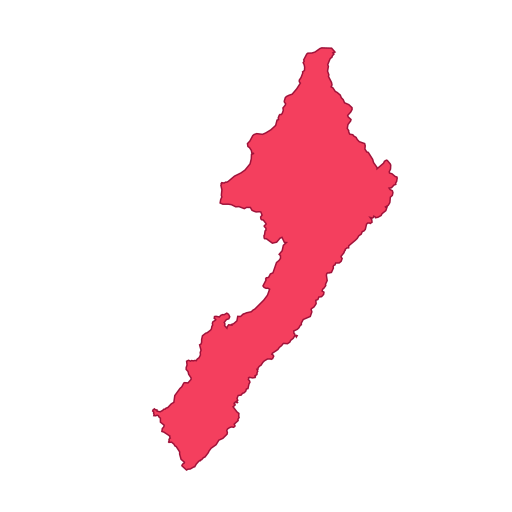 outline of Central Pentecost 2, Penama, Vanuatu, rotated 50°
{"feature_id": "77236927B86415153324425", "entity_name": "Central Pentecost 2", "entity_type": "district", "adm_level": 2, "iso_a3": "VUT", "parent_name": "Vanuatu", "parent_adm1": "Penama", "projection": "robinson", "projection_center": [168.206, -15.776], "detail": "fine", "context": "isolated", "style": "filled", "palette": "rose", "viewbox_px": 512, "rotation_deg": 50, "n_neighbors": 0, "source": "geoboundaries", "source_scale": "gbopen_adm2", "svg_char_len": 6104}
<svg xmlns="http://www.w3.org/2000/svg" viewBox="0 0 512 512"><g transform="rotate(50 256 256)"><path d="M150.5,64.4L145.4,64.5L138.8,71.9L138.2,73.6L137.7,79.7L136.4,82.8L133.9,86.0L133.9,87.3L136.4,93.4L137.8,93.9L138.2,95.6L140.3,96.1L142.7,97.4L145.0,99.6L144.9,102.0L145.8,102.4L148.2,106.7L149.1,109.8L150.3,110.8L152.1,110.9L154.1,117.3L155.3,124.3L154.1,127.3L153.4,130.1L153.5,131.7L155.6,134.9L156.6,135.4L158.3,135.4L159.2,136.5L159.9,140.2L162.0,141.5L163.6,144.2L163.9,145.7L163.0,146.7L163.1,147.7L164.5,150.2L166.0,151.0L165.4,152.5L168.6,157.0L168.9,163.6L168.0,169.4L167.0,172.8L162.7,176.8L161.7,179.4L161.7,181.1L164.0,186.8L164.4,190.3L166.9,191.8L168.8,191.3L172.1,191.7L174.6,193.1L176.1,191.5L175.3,194.2L178.5,197.1L181.6,201.3L183.1,209.2L182.7,214.2L181.0,221.1L181.0,229.6L180.6,231.1L179.9,231.7L179.6,233.5L177.8,235.1L178.2,236.2L178.7,236.1L179.2,237.4L183.4,239.6L187.2,243.5L188.8,244.2L190.1,246.8L192.3,249.4L195.0,248.1L198.5,243.9L200.9,241.8L205.3,239.9L207.2,237.3L212.2,234.5L212.7,232.0L215.2,229.1L218.4,229.7L220.7,228.6L222.3,227.6L224.2,225.0L225.4,224.0L228.6,225.1L229.1,227.4L230.7,228.4L231.8,228.4L233.2,227.3L237.6,227.5L238.2,228.1L238.1,230.1L238.7,230.7L241.1,230.5L242.6,231.8L242.6,232.9L245.2,235.8L245.6,236.9L247.5,238.2L248.4,238.2L249.3,237.0L256.7,235.2L258.7,231.3L257.8,226.2L258.4,224.1L263.8,225.5L265.2,224.1L265.4,228.2L268.8,232.6L269.6,237.2L271.4,237.0L273.5,238.7L274.2,241.1L274.2,244.5L279.8,253.8L279.0,256.5L280.3,259.7L280.3,260.6L279.3,262.1L279.8,263.4L280.8,263.7L283.4,269.9L285.2,270.0L287.2,269.1L288.3,267.6L290.2,266.9L293.4,272.4L294.8,278.4L295.9,291.0L295.5,293.2L295.7,295.4L293.4,299.8L292.4,303.1L292.2,302.4L292.4,306.7L290.5,308.8L293.4,312.3L293.5,316.6L292.7,318.7L293.4,319.0L291.1,321.2L291.7,323.4L292.6,324.7L289.1,324.8L288.1,323.5L286.4,323.0L285.7,319.5L286.6,317.2L285.7,315.2L283.0,314.5L281.0,315.1L280.5,318.1L279.4,319.3L278.8,321.3L279.2,323.2L276.5,325.4L275.7,326.7L276.9,328.1L278.7,327.6L279.1,328.2L278.7,331.3L279.5,332.7L281.1,333.6L281.5,335.0L283.2,337.0L283.6,338.5L283.4,342.8L282.8,344.2L282.7,348.3L285.0,351.3L287.1,353.1L288.1,354.7L287.8,356.3L292.9,358.7L294.0,360.7L296.1,362.2L297.3,364.9L297.2,367.3L297.8,369.1L296.8,369.8L296.0,371.5L294.7,372.5L294.4,373.8L292.5,374.7L292.0,376.8L295.2,378.9L296.5,381.1L298.0,382.4L300.8,382.3L303.3,383.6L307.7,384.1L308.8,385.1L309.5,389.7L307.1,392.1L306.9,393.0L308.5,396.9L308.6,399.4L310.7,407.9L315.3,413.0L314.8,415.9L315.4,421.0L314.7,422.7L314.9,423.9L314.1,425.2L314.3,426.8L313.7,429.6L311.3,431.5L310.4,430.8L308.6,432.2L307.9,432.0L307.6,433.4L308.3,434.8L309.9,434.7L310.9,435.7L311.9,435.9L312.6,436.9L313.9,435.6L314.4,434.1L315.6,433.4L316.7,433.8L318.8,433.5L321.8,436.0L326.6,435.1L327.7,436.6L327.9,438.6L329.9,440.9L331.6,439.8L338.6,437.7L339.0,438.4L340.4,438.7L340.3,439.8L340.9,440.9L341.8,441.3L342.3,442.5L342.8,442.5L344.4,440.3L347.4,439.8L349.4,440.2L350.7,439.6L357.0,440.4L358.6,441.8L363.6,444.1L368.0,443.4L368.5,444.1L368.2,445.2L368.7,447.3L369.2,447.6L375.3,446.8L375.6,445.1L376.9,443.3L377.6,439.2L378.1,438.5L377.0,435.5L376.5,432.1L376.5,430.6L377.0,430.3L376.7,429.4L377.1,428.7L376.7,425.8L377.2,424.3L376.0,419.0L375.2,417.3L374.4,414.0L374.9,407.9L373.2,402.8L374.4,398.6L373.9,392.7L372.7,391.3L371.0,390.7L370.2,389.0L370.5,386.4L371.3,384.5L372.8,383.3L372.9,381.7L372.5,381.2L370.8,380.8L370.6,375.5L369.5,374.8L368.8,372.7L367.7,372.3L365.6,370.3L363.2,370.8L356.8,370.5L356.7,367.8L355.9,367.3L355.1,367.8L354.6,367.0L354.8,362.7L352.9,362.1L351.4,359.3L353.0,356.8L352.5,354.6L353.1,353.3L353.0,350.9L351.7,348.8L352.4,347.4L349.5,343.6L348.8,341.8L347.5,341.2L345.7,341.3L345.3,340.4L344.5,340.0L344.6,339.1L347.2,337.0L348.5,334.8L348.2,334.1L347.2,333.9L347.4,331.5L345.8,329.9L345.4,328.7L343.4,328.1L344.0,327.3L343.0,326.2L342.6,324.1L342.9,322.4L341.9,319.3L341.7,316.9L342.3,313.4L344.3,311.0L344.9,310.8L345.3,309.3L344.1,306.8L342.2,306.6L341.5,307.0L341.0,306.0L341.7,299.4L341.0,296.8L341.1,294.0L340.6,291.7L340.7,291.0L343.4,288.3L343.7,285.4L342.9,283.7L343.0,280.5L342.0,277.4L340.8,276.5L339.7,276.7L337.7,275.3L338.7,271.5L338.6,269.4L337.6,266.7L337.8,265.4L336.5,264.4L335.0,260.6L337.2,253.3L334.7,249.1L332.3,248.1L332.0,247.3L332.3,244.3L331.2,240.6L328.4,238.7L329.1,236.5L327.8,234.3L329.3,231.9L328.9,228.9L327.4,227.2L325.4,227.9L325.1,227.6L324.3,226.3L324.3,224.7L323.5,221.6L322.3,220.9L320.6,217.3L315.9,214.4L314.9,213.0L315.0,212.0L316.1,210.8L316.1,209.9L316.9,209.4L317.0,208.6L315.0,204.5L313.6,203.6L313.2,202.4L313.6,201.2L312.6,199.5L314.8,196.7L314.8,194.2L313.3,191.6L311.3,191.4L310.9,190.9L310.0,186.4L309.3,185.6L308.9,183.9L308.2,183.4L308.3,181.0L309.3,179.8L307.8,178.4L307.8,169.8L307.6,167.2L306.6,164.2L306.9,161.4L305.6,158.9L306.2,157.3L305.9,155.2L302.7,150.9L302.5,149.4L303.6,147.9L304.5,147.6L304.7,145.4L302.6,144.0L299.8,143.8L301.8,142.4L301.9,141.4L301.2,140.2L302.5,139.6L303.5,139.9L304.7,137.7L305.4,134.1L304.6,132.3L304.7,127.4L302.9,124.4L302.2,125.3L301.6,125.3L302.2,122.3L301.5,120.1L300.9,118.9L297.3,115.3L297.2,112.6L295.5,110.4L293.7,109.6L291.2,110.6L289.5,110.4L290.8,108.3L290.3,104.7L291.0,102.9L289.8,102.1L289.3,100.4L287.1,97.8L286.1,97.3L284.5,98.3L280.4,99.0L278.3,100.4L277.1,99.8L275.9,97.1L273.0,94.4L271.8,94.0L267.2,94.0L266.4,94.5L266.0,96.7L266.9,98.6L267.0,107.2L266.0,106.4L260.0,105.9L256.9,104.5L248.8,103.4L247.5,104.3L244.0,103.8L241.8,101.5L239.7,100.5L234.8,103.4L231.9,103.6L229.5,103.1L226.9,104.0L225.3,103.9L222.9,105.9L220.5,105.2L219.6,104.4L217.0,104.1L214.4,101.1L213.4,96.7L212.5,95.5L208.7,96.0L207.2,95.4L206.6,90.9L205.5,88.2L204.1,87.1L199.7,87.6L195.5,89.7L192.3,88.7L189.5,88.9L186.9,88.0L182.9,88.7L180.9,89.5L176.6,89.0L174.7,89.7L173.8,87.8L171.6,86.6L165.1,85.1L164.0,83.7L160.4,82.4L157.2,78.6L155.6,78.2L152.8,73.0L152.4,71.9L152.6,70.2L151.7,68.8L151.4,66.5L149.8,66.5L150.5,64.4ZM342.8,276.1L342.9,276.9L344.0,277.2L343.5,275.7L342.8,276.1ZM356.3,364.2L355.2,364.2L355.2,365.1L356.3,364.8L356.3,364.2Z" fill="#f43f5e" stroke="#9f1239" stroke-width="1.5"/></g></svg>